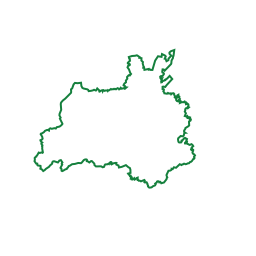 the district of Tho Xuan, Thanh Hóa, Vietnam, rotated 42°
{"feature_id": "81297802B55629975533372", "entity_name": "Tho Xuan", "entity_type": "district", "adm_level": 2, "iso_a3": "VNM", "parent_name": "Vietnam", "parent_adm1": "Thanh Hóa", "projection": "equal_earth", "projection_center": [105.491, 19.926], "detail": "fine", "context": "isolated", "style": "outline", "palette": "green", "viewbox_px": 256, "rotation_deg": 42, "n_neighbors": 0, "source": "geoboundaries", "source_scale": "gbopen_adm2", "svg_char_len": 5791}
<svg xmlns="http://www.w3.org/2000/svg" viewBox="0 0 256 256"><g transform="rotate(42 128 128)"><path d="M58.4,130.0L58.4,132.0L60.0,135.9L59.8,137.4L61.7,139.3L62.1,140.1L61.7,148.2L61.2,151.0L61.2,153.3L61.4,154.3L62.2,155.4L66.2,159.2L67.7,163.3L68.6,164.5L71.0,165.4L71.1,166.6L76.4,168.7L76.6,169.0L76.6,170.6L76.2,172.7L74.5,175.1L74.7,176.7L73.4,177.4L71.9,179.6L70.5,180.2L70.3,180.7L70.2,181.7L71.0,182.8L69.6,183.2L69.1,183.7L68.2,185.7L68.3,187.3L67.7,189.5L67.1,190.4L67.2,191.0L70.1,191.9L71.7,193.1L71.8,193.9L71.1,195.7L71.8,196.1L72.5,196.0L73.1,196.4L74.0,196.2L74.0,197.5L74.7,198.0L76.0,198.1L76.3,199.1L76.9,199.3L78.0,200.7L81.1,203.1L81.1,203.6L80.3,203.8L79.1,205.6L78.1,206.0L78.8,209.2L78.7,210.1L79.0,210.6L78.7,211.4L78.7,212.7L80.1,214.0L80.7,215.2L83.5,215.9L84.4,215.2L85.3,216.1L86.0,216.2L88.3,214.7L89.6,215.8L90.1,216.9L91.6,216.4L93.8,216.7L94.3,214.8L94.3,213.5L95.3,209.5L95.1,208.3L95.5,205.3L94.7,204.2L94.7,202.9L95.4,202.1L99.0,200.5L98.8,198.1L99.6,196.8L102.3,197.5L102.3,198.2L102.7,199.0L103.6,199.2L104.5,202.8L105.9,202.9L107.2,204.2L107.9,204.1L108.4,203.1L109.1,200.7L109.9,199.4L109.6,198.2L109.8,197.6L109.4,196.0L110.0,195.0L110.7,192.3L112.6,190.2L114.4,187.3L116.6,185.6L116.8,184.5L116.6,181.5L117.2,180.0L118.3,179.1L118.9,179.2L119.6,180.2L120.4,179.7L122.3,179.5L122.7,177.3L123.2,176.8L126.8,177.0L127.9,178.0L129.9,178.0L133.6,174.5L135.5,174.1L136.2,172.9L135.5,171.1L135.5,170.2L136.9,168.9L137.4,167.5L138.0,167.5L137.7,166.1L137.8,165.0L138.2,164.6L138.8,164.6L139.6,166.1L140.1,166.1L140.8,164.0L142.4,161.9L142.8,161.7L143.3,162.7L143.9,163.0L146.0,162.2L147.7,163.4L149.4,161.0L151.3,157.0L154.6,156.9L156.2,156.5L157.7,157.4L159.9,159.7L158.6,161.8L159.7,162.1L160.5,161.8L161.5,162.4L162.0,161.7L162.6,162.1L163.7,163.5L163.9,163.0L163.3,162.5L163.6,162.1L164.4,162.5L164.6,163.0L164.2,163.1L164.2,163.3L165.0,163.8L165.8,163.3L166.1,162.8L166.2,161.2L167.5,161.8L168.0,160.2L167.8,159.6L168.4,158.4L170.0,160.2L170.5,159.8L171.2,160.0L171.9,159.3L173.3,159.0L174.9,155.7L175.6,155.8L176.4,157.3L177.0,157.2L178.1,155.9L179.7,156.4L180.2,157.0L181.4,157.3L181.9,158.0L182.4,158.1L183.6,158.1L184.8,157.0L185.3,156.1L185.5,154.6L186.5,152.5L186.2,151.3L185.4,151.1L185.8,149.2L185.4,148.4L185.7,147.7L186.5,147.1L187.6,147.5L188.1,146.4L189.7,146.8L191.2,144.4L190.9,140.3L190.2,139.1L190.3,138.5L188.4,137.5L188.0,137.0L186.7,132.7L187.8,131.5L188.2,130.5L188.2,129.7L187.7,129.1L188.7,128.6L188.4,126.5L190.3,125.4L190.7,120.3L192.6,119.7L192.7,118.7L193.3,118.0L193.4,117.2L194.0,116.7L194.9,116.5L195.6,115.6L196.0,114.4L196.9,113.4L196.9,111.6L197.4,111.1L197.6,109.9L197.2,106.9L197.6,106.8L197.5,105.8L196.2,105.0L196.2,103.6L195.0,103.3L193.5,103.6L192.4,103.2L191.5,101.1L191.0,100.6L190.4,100.9L190.0,101.9L189.2,101.8L188.9,101.0L189.1,100.5L188.8,100.4L189.0,100.0L188.4,99.3L188.6,97.8L187.0,97.4L185.9,97.6L185.5,98.7L185.0,99.4L182.3,100.0L180.7,101.3L180.3,100.9L180.3,100.2L180.8,99.7L181.6,99.8L180.9,98.5L180.0,98.7L179.2,96.7L177.4,97.1L177.4,97.5L176.6,97.8L176.7,100.6L176.2,101.4L176.4,101.9L177.0,102.1L177.1,103.2L175.7,104.5L175.2,104.6L174.4,104.3L172.8,103.0L172.2,102.1L172.5,98.7L174.2,97.6L174.5,96.4L173.2,94.0L173.9,93.2L172.6,93.4L171.7,92.8L171.4,92.1L171.2,90.5L170.7,89.6L171.7,86.2L171.7,85.1L169.1,82.5L169.0,81.8L169.5,80.9L169.2,79.8L168.8,79.5L167.9,80.0L167.1,78.6L166.2,79.0L166.1,80.2L165.5,80.8L165.1,80.7L164.5,79.6L164.0,79.4L163.7,80.4L162.2,81.1L161.2,78.3L159.2,77.8L158.8,76.6L158.0,75.8L157.8,74.9L158.0,74.2L159.2,73.5L159.4,71.8L158.2,72.0L157.9,70.9L157.1,70.1L156.2,70.1L155.2,71.5L154.8,71.1L154.5,70.1L153.8,70.1L153.1,70.9L152.3,70.5L151.8,72.0L150.8,72.6L149.9,74.5L149.0,72.8L148.6,72.9L148.2,73.9L147.8,73.7L147.2,71.7L146.9,71.7L146.9,74.0L147.2,74.8L146.3,75.2L145.1,75.0L143.8,73.7L142.7,73.9L142.8,73.5L144.2,72.6L144.8,71.3L145.5,70.7L145.2,70.3L144.1,70.5L143.3,69.7L143.2,70.2L143.5,70.6L143.0,70.7L143.3,71.5L141.7,73.2L139.6,72.1L139.5,71.8L138.6,71.7L137.6,72.8L137.5,74.0L136.9,73.7L136.7,74.0L136.2,74.0L135.5,75.0L134.2,75.2L134.1,76.4L131.8,77.9L131.2,77.4L129.7,77.1L129.2,75.6L128.5,75.3L127.6,75.9L126.1,74.2L126.5,73.6L128.2,72.6L128.0,70.2L128.1,62.0L124.1,61.4L124.0,65.2L123.3,67.2L123.7,67.5L122.2,70.3L122.6,71.2L122.2,71.8L121.4,71.1L121.8,70.2L121.7,69.6L120.2,69.6L120.0,68.1L118.7,69.2L117.6,68.4L117.6,67.7L118.9,66.1L118.6,63.9L118.2,63.5L117.2,63.4L116.5,63.7L115.9,63.4L114.5,61.3L115.4,60.6L116.9,60.9L117.2,51.8L117.0,51.1L115.2,48.7L114.6,46.0L113.6,44.6L113.6,44.0L110.2,39.1L108.5,42.3L108.3,44.0L108.5,44.5L109.3,45.1L111.8,45.3L111.7,49.3L112.6,50.6L111.9,52.6L109.7,51.5L108.9,51.9L108.1,49.5L107.0,49.4L103.8,50.3L105.3,52.7L102.3,54.6L103.1,59.8L107.3,68.5L105.8,69.8L105.0,69.8L104.4,70.9L103.8,71.0L103.6,70.6L101.3,73.8L99.4,72.2L98.9,72.8L98.5,72.0L95.7,70.2L95.0,69.0L92.8,68.9L91.3,67.1L89.5,68.2L89.3,67.5L86.4,67.9L85.9,68.1L85.0,69.5L82.8,71.8L81.1,74.7L82.3,75.5L83.3,75.5L83.6,76.2L84.5,76.7L84.2,79.6L84.6,80.1L85.2,80.1L86.4,79.4L86.8,79.5L87.2,80.2L86.5,81.8L87.1,83.3L89.5,83.8L92.9,85.6L94.1,85.8L94.2,87.7L93.5,87.8L93.2,88.4L93.2,90.8L94.5,91.8L94.7,94.2L95.9,95.4L95.6,97.3L95.8,98.6L96.2,99.3L97.6,98.9L98.2,99.7L99.7,98.8L99.4,101.0L98.2,101.3L97.0,103.0L95.8,103.0L96.1,103.9L95.6,104.3L95.5,105.2L94.7,105.0L93.6,105.4L93.2,107.2L92.7,107.2L92.2,108.0L91.4,108.2L91.0,109.3L90.2,109.8L89.9,110.4L89.2,110.5L88.8,112.4L88.3,113.4L87.9,113.4L88.1,114.1L87.5,114.0L86.4,114.9L85.7,116.1L84.6,116.2L84.4,116.6L84.6,117.5L83.8,116.9L83.1,117.9L82.6,120.0L82.3,120.1L81.8,119.3L78.7,119.2L79.2,121.4L79.0,121.7L77.2,122.3L76.7,123.6L75.5,125.3L74.1,126.9L72.9,126.3L71.9,126.5L68.5,128.4L67.2,128.7L65.3,128.0L62.8,125.8L60.6,128.4L58.4,130.0Z" fill="none" stroke="#15803d" stroke-width="2"/></g></svg>